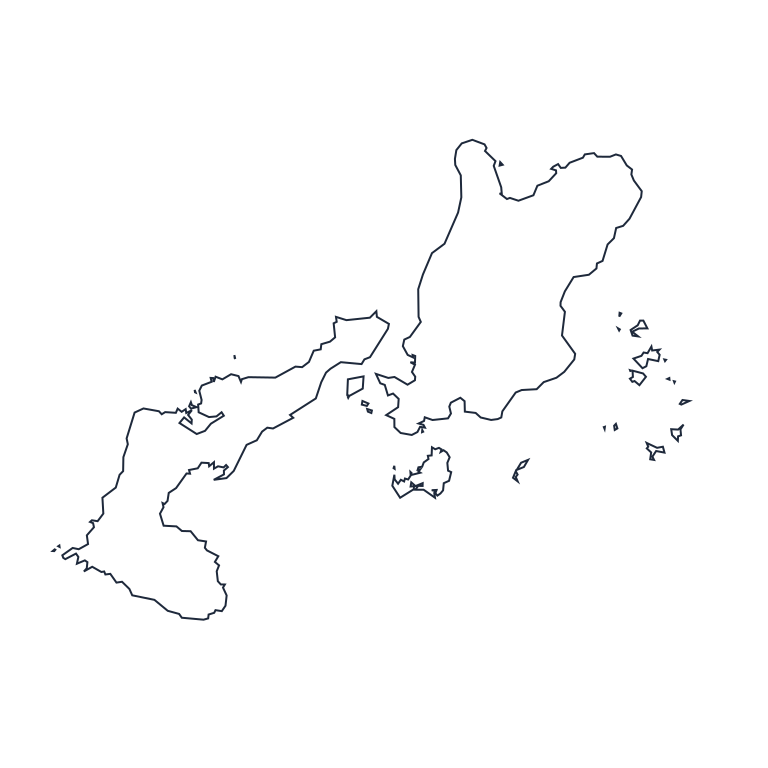 the district of Esa'ala District, Milne Bay, Papua New Guinea, rotated 98°
{"feature_id": "67681753B65258827036221", "entity_name": "Esa'ala District", "entity_type": "district", "adm_level": 2, "iso_a3": "PNG", "parent_name": "Papua New Guinea", "parent_adm1": "Milne Bay", "projection": "mercator", "projection_center": [150.879, -9.618], "detail": "fine", "context": "isolated", "style": "outline", "palette": "slate", "viewbox_px": 768, "rotation_deg": 98, "n_neighbors": 0, "source": "geoboundaries", "source_scale": "gbopen_adm2", "svg_char_len": 6176}
<svg xmlns="http://www.w3.org/2000/svg" viewBox="0 0 768 768"><g transform="rotate(98 384 384)"><path d="M163.1,155.4L157.2,155.6L147.7,164.9L142.1,168.2L137.1,168.2L133.8,174.0L125.2,181.0L124.4,186.3L127.5,191.8L129.2,204.4L126.1,208.2L128.7,217.1L132.2,218.5L139.1,231.0L144.5,234.5L145.4,239.0L142.0,242.2L145.3,246.7L147.7,248.4L148.5,243.4L151.3,242.8L160.3,249.1L166.3,259.7L176.3,262.3L183.8,276.4L182.2,285.2L183.7,288.0L179.1,296.1L179.4,293.8L172.9,295.3L152.7,305.7L147.8,304.6L139.2,316.4L136.0,315.3L132.7,317.8L129.9,330.5L134.9,340.5L142.3,344.9L151.2,345.1L157.2,343.9L166.7,337.0L188.4,333.4L203.9,334.5L236.7,343.6L247.7,354.7L270.2,360.7L285.4,363.3L312.7,359.1L317.4,356.2L333.8,364.9L337.2,370.1L343.9,370.6L351.9,364.6L353.6,359.0L351.3,359.7L351.9,357.0L358.5,356.3L358.8,360.9L360.6,356.0L368.2,358.0L372.4,354.1L376.0,353.9L381.4,360.6L375.6,374.6L377.4,380.6L375.1,393.4L383.8,387.8L384.8,383.1L394.8,378.5L392.2,373.7L396.7,367.4L405.0,366.8L414.5,377.5L417.1,368.9L425.2,367.7L430.2,360.7L430.6,349.4L426.9,344.2L421.4,342.3L421.5,337.4L419.0,339.2L418.3,344.2L415.0,339.2L411.3,339.0L412.9,330.9L409.1,315.8L403.9,313.6L397.3,316.2L393.2,315.2L387.0,306.5L389.8,301.8L400.1,300.1L399.9,289.2L403.7,283.6L404.7,272.9L402.9,266.5L400.8,263.2L394.6,263.0L374.1,252.4L370.8,246.8L367.9,232.1L359.9,226.1L353.8,214.1L346.9,207.2L333.2,199.0L327.5,198.9L311.2,214.5L287.3,214.9L282.0,220.1L278.4,220.5L267.1,217.8L251.7,211.1L247.3,196.3L240.0,189.7L235.0,189.9L231.7,184.7L214.7,182.0L207.6,176.6L197.2,175.8L194.1,169.2L186.2,163.9L163.1,155.4ZM323.8,387.5L318.5,400.4L313.0,401.7L320.3,407.2L326.0,430.1L324.2,440.9L329.0,439.5L330.9,442.3L344.6,438.9L349.6,443.4L353.3,451.6L358.5,451.5L360.8,458.2L372.6,461.4L378.7,467.4L379.1,474.1L392.8,492.5L396.1,519.2L399.0,525.4L401.9,525.9L396.4,529.2L395.6,536.8L401.9,544.7L400.2,551.8L405.6,552.8L401.9,554.0L402.1,556.5L405.8,555.0L410.9,564.2L416.4,566.0L425.2,562.4L428.7,562.4L430.2,565.2L437.8,563.6L441.1,552.7L439.4,545.4L434.6,540.9L437.7,538.2L447.4,549.9L455.3,554.7L459.6,562.5L451.1,581.1L444.9,577.3L449.8,569.1L446.0,569.4L441.9,573.7L436.7,570.6L440.2,575.8L436.5,576.9L439.7,580.5L437.1,584.9L441.5,586.1L442.3,596.8L444.9,599.9L442.3,603.1L441.7,618.8L447.0,627.0L473.7,631.3L479.3,629.3L492.7,631.9L506.6,630.2L510.7,633.2L523.9,635.2L535.8,647.0L551.4,643.9L559.7,648.5L559.6,654.3L561.5,655.9L562.3,652.7L566.2,651.3L575.2,657.2L583.7,654.8L590.1,663.3L589.7,669.5L598.4,678.7L600.8,677.4L601.8,675.2L594.8,665.4L597.8,662.6L604.7,663.1L600.3,655.7L601.7,652.9L607.9,652.7L611.4,655.1L605.6,647.5L609.5,637.7L608.6,635.0L611.4,633.4L610.1,628.6L617.9,621.3L616.3,615.9L622.4,607.6L628.3,603.9L629.7,581.3L638.7,566.6L640.2,554.9L643.6,551.7L642.5,529.9L640.6,525.5L636.7,525.6L634.2,520.3L631.4,519.4L631.5,513.0L625.6,510.1L615.3,510.4L608.0,515.1L604.7,513.7L605.2,517.7L602.4,521.1L592.7,523.6L586.6,522.1L583.7,526.7L577.6,524.1L573.4,536.2L571.1,538.6L564.7,538.3L564.6,546.5L556.7,555.0L557.7,563.7L553.9,569.7L555.0,582.5L543.6,587.8L536.7,585.2L532.7,586.7L533.4,584.6L529.9,582.1L521.8,582.0L516.0,575.4L500.1,567.1L499.8,563.6L496.3,565.1L493.4,556.7L487.3,553.8L486.7,546.6L489.8,545.7L485.1,541.5L491.5,540.6L488.6,536.9L488.9,531.2L486.2,529.1L488.0,527.0L492.0,530.5L495.8,529.9L502.6,539.3L499.1,526.9L491.0,520.7L463.4,511.6L457.4,502.1L448.1,498.1L443.5,493.5L443.5,487.7L430.1,469.2L427.7,472.7L407.8,449.5L391.0,446.4L380.8,443.0L376.3,439.1L368.4,429.8L367.4,409.0L362.3,406.8L359.4,401.6L328.8,387.8L323.8,387.5ZM470.8,306.1L461.9,305.2L460.9,308.5L453.3,310.3L447.4,308.8L443.1,312.3L441.3,315.8L443.4,318.4L440.8,317.9L439.6,320.7L441.5,324.2L440.0,327.7L448.1,326.9L449.0,330.6L452.1,329.5L456.1,333.7L460.6,334.7L461.7,338.3L464.3,338.7L463.4,336.2L466.0,337.6L466.8,335.7L470.4,344.6L475.2,346.8L474.7,350.1L477.7,350.5L476.5,354.0L480.8,356.2L476.9,360.2L472.4,361.1L483.6,361.6L494.4,352.2L484.0,339.8L481.0,340.1L481.8,343.4L477.6,343.3L480.7,338.6L476.8,331.9L479.6,331.6L480.1,336.0L484.3,338.2L483.2,330.0L489.5,317.7L484.9,319.1L482.9,317.8L482.5,322.0L481.6,317.2L485.0,317.9L487.1,315.6L484.6,312.9L481.1,310.7L473.9,311.0L470.8,306.1ZM323.2,115.6L316.7,115.1L314.2,117.9L311.6,116.0L313.5,123.1L309.7,124.4L316.8,127.3L316.7,131.3L320.3,133.0L324.1,140.5L332.4,130.2L329.9,126.7L322.5,126.0L323.2,115.6ZM391.5,404.4L379.3,405.3L384.4,420.4L400.0,418.9L400.5,416.5L391.5,404.4ZM347.3,138.4L346.2,136.3L349.6,130.9L340.4,125.6L337.5,128.9L336.2,139.7L342.4,138.5L344.5,141.2L347.3,138.4ZM418.6,108.1L412.5,105.2L412.9,96.7L407.3,99.1L409.2,104.7L405.8,115.7L409.3,113.6L411.2,114.8L414.6,109.9L421.5,109.9L421.6,106.0L418.6,108.1ZM387.7,84.1L382.5,81.7L388.2,86.4L388.8,93.3L394.5,91.6L399.4,85.1L394.9,85.5L393.5,82.7L387.7,84.1ZM293.5,139.2L292.3,130.9L285.1,136.0L285.6,139.3L290.5,140.9L296.2,147.3L301.5,144.6L301.5,138.9L297.7,145.5L293.5,139.2ZM450.6,240.6L446.7,233.9L439.1,230.8L442.9,237.3L450.6,240.6ZM458.9,243.2L461.8,238.1L457.7,240.6L455.1,239.1L452.0,241.4L458.9,243.2ZM435.2,571.7L433.0,566.4L431.7,571.3L428.9,572.7L433.2,573.9L435.2,571.7ZM407.5,403.1L408.1,397.9L405.5,396.7L403.8,403.0L407.5,403.1ZM362.5,88.3L363.0,86.7L358.3,79.2L358.3,86.2L362.5,88.3ZM397.4,149.1L395.5,146.7L391.2,148.8L393.3,150.3L397.4,149.1ZM411.1,397.2L413.6,396.1L414.5,392.5L411.9,392.3L411.1,397.2ZM151.6,299.9L150.4,297.0L148.1,299.8L151.6,299.9ZM280.7,160.6L284.5,160.4L281.1,158.9L280.7,160.6ZM376.2,536.2L379.1,535.5L379.8,534.8L376.2,536.2ZM463.6,362.4L466.0,362.8L466.5,361.7L463.6,362.4ZM296.3,160.0L298.3,158.6L297.1,158.1L296.3,160.0ZM396.1,160.3L397.8,159.3L395.6,159.3L396.1,160.3ZM339.5,104.0L340.0,101.9L338.4,102.3L339.5,104.0ZM320.7,109.8L322.2,108.9L320.8,108.1L320.7,109.8ZM595.5,688.8L595.4,687.3L593.9,686.4L593.6,687.1L595.5,688.8ZM467.4,345.6L469.7,345.1L468.3,344.4L467.4,345.6ZM416.2,570.7L418.5,570.0L418.7,569.3L416.2,570.7ZM424.3,339.7L426.4,339.6L425.8,338.6L424.3,339.7ZM336.1,142.3L337.6,141.5L336.2,141.8L336.1,142.3ZM590.0,684.0L590.5,682.6L589.1,683.0L590.0,684.0ZM401.2,418.4L402.7,417.5L401.9,417.2L401.2,418.4ZM340.9,97.3L342.2,96.6L341.0,96.2L340.9,97.3Z" fill="none" stroke="#1e293b" stroke-width="2"/></g></svg>